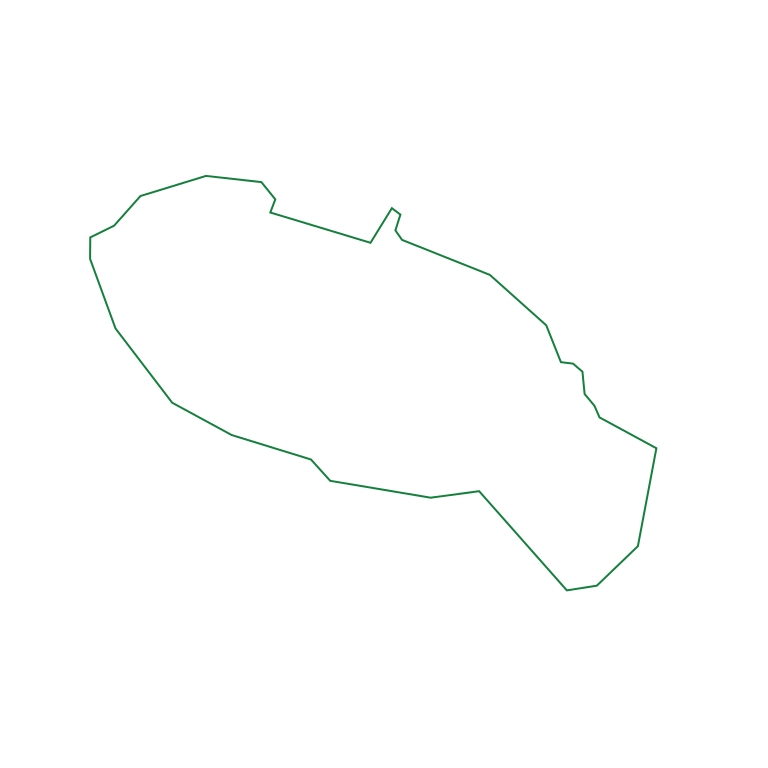 the district of Fais, Yap, Federated States of Micronesia, rotated 66°
{"feature_id": "79324940B24312539881249", "entity_name": "Fais", "entity_type": "district", "adm_level": 2, "iso_a3": "FSM", "parent_name": "Federated States of Micronesia", "parent_adm1": "Yap", "projection": "mercator", "projection_center": [140.518, 9.763], "detail": "fine", "context": "isolated", "style": "outline", "palette": "green", "viewbox_px": 768, "rotation_deg": 66, "n_neighbors": 0, "source": "geoboundaries", "source_scale": "gbopen_adm2", "svg_char_len": 561}
<svg xmlns="http://www.w3.org/2000/svg" viewBox="0 0 768 768"><g transform="rotate(66 384 384)"><path d="M226.6,305.3L249.5,338.9L181.1,418.1L171.1,408.2L149.7,413.9L121.5,462.0L113.2,530.0L129.6,566.2L130.6,592.7L150.1,601.6L224.1,606.7L315.0,585.1L368.7,543.9L423.3,481.4L450.6,472.5L506.8,387.7L520.6,340.7L646.9,300.9L654.8,271.6L635.4,218.0L553.5,161.3L502.2,200.7L489.5,200.6L474.7,204.8L453.5,197.7L442.3,203.0L436.0,213.5L396.4,211.9L327.4,242.9L259.7,308.9L248.3,311.1L235.9,300.1L226.6,305.3Z" fill="none" stroke="#15803d" stroke-width="2"/></g></svg>